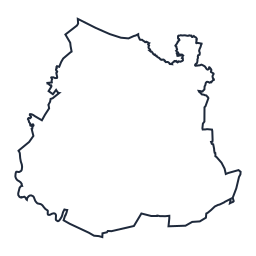 Ometepec, Guerrero, Mexico
{"feature_id": "50627088B84554678203253", "entity_name": "Ometepec", "entity_type": "district", "adm_level": 2, "iso_a3": "MEX", "parent_name": "Mexico", "parent_adm1": "Guerrero", "projection": "natural_earth1", "projection_center": [-98.323, 16.673], "detail": "fine", "context": "isolated", "style": "outline", "palette": "slate", "viewbox_px": 256, "rotation_deg": 0, "n_neighbors": 0, "source": "geoboundaries", "source_scale": "gbopen_adm2", "svg_char_len": 5618}
<svg xmlns="http://www.w3.org/2000/svg" viewBox="0 0 256 256"><path d="M26.9,199.8L27.2,198.0L28.7,196.2L29.9,195.5L31.2,195.4L33.0,196.2L33.6,196.8L34.1,197.9L35.1,200.5L35.6,201.4L36.8,202.8L37.5,203.4L40.6,204.1L41.4,204.5L42.5,205.4L43.6,206.9L45.4,209.0L47.5,210.4L47.8,210.9L47.7,213.6L47.8,214.2L48.1,214.7L48.8,214.9L49.7,214.9L52.1,213.7L53.8,213.3L54.7,213.5L55.4,214.0L55.8,214.7L56.0,215.5L55.8,219.3L56.1,220.1L57.6,221.1L58.2,221.1L59.1,220.6L60.1,219.3L61.6,216.9L62.1,215.6L63.0,212.3L64.4,209.5L66.1,209.9L67.2,210.0L66.5,212.7L65.5,215.3L65.3,215.3L64.9,216.1L63.6,220.3L69.8,223.8L88.8,232.7L94.0,235.7L98.8,236.1L102.3,237.1L102.5,233.3L106.9,232.3L107.8,231.0L110.4,231.1L111.3,231.2L133.9,226.0L141.4,213.5L151.2,216.0L157.1,216.0L157.2,215.6L157.7,215.6L159.7,216.1L165.4,216.2L169.3,215.8L169.3,218.4L168.5,226.3L185.5,225.7L192.2,221.9L199.8,221.4L205.9,217.7L206.3,213.5L207.7,212.8L211.0,210.1L214.8,206.5L218.1,204.9L219.5,204.6L224.3,202.3L224.7,201.9L230.8,198.8L229.9,203.3L231.2,202.6L233.2,201.8L233.7,201.1L232.7,197.8L236.3,188.3L239.0,177.0L240.4,174.4L240.6,171.8L238.5,170.1L228.2,173.0L225.8,174.0L224.6,168.7L221.5,162.7L216.5,157.0L215.4,156.3L215.4,153.8L215.0,153.2L215.1,152.9L214.6,152.7L214.2,150.4L214.1,148.8L213.2,144.3L212.6,144.2L211.8,143.8L211.1,141.9L212.4,141.7L212.6,140.1L212.3,131.1L212.0,129.6L207.6,129.2L206.6,129.2L205.8,129.4L202.7,129.5L202.4,128.2L202.9,123.6L204.4,121.6L204.5,107.3L205.5,106.2L208.4,98.1L207.7,96.9L207.4,96.8L206.4,95.5L204.6,95.1L203.9,94.7L201.8,94.4L200.6,93.0L199.2,91.9L198.7,90.9L200.5,91.1L202.3,91.6L202.6,91.5L203.0,90.8L204.4,89.5L204.6,86.4L205.3,85.2L205.8,82.9L206.7,81.9L207.4,81.8L208.6,82.1L209.4,82.7L210.2,82.5L210.6,82.1L210.9,82.4L211.2,82.4L212.9,80.2L213.8,80.0L213.9,79.7L213.7,79.0L213.1,78.5L212.8,78.0L212.8,77.5L212.5,76.8L212.7,75.5L213.3,74.6L213.6,74.0L213.6,73.7L213.4,73.4L211.0,72.0L210.9,71.4L211.4,70.0L211.3,69.7L210.7,68.7L209.5,67.3L209.1,67.4L208.9,69.0L208.0,69.5L207.7,69.6L207.0,69.3L206.3,68.6L205.8,67.7L204.8,66.4L203.3,65.5L201.6,64.7L201.2,64.7L199.9,65.3L198.3,65.4L197.6,65.6L197.1,65.5L195.8,65.8L195.3,65.6L195.1,65.4L195.2,64.6L195.9,63.8L196.8,63.2L197.1,62.7L197.5,60.7L197.4,59.5L198.0,57.8L197.8,56.6L198.1,55.3L199.5,54.8L199.6,54.5L199.8,52.9L199.1,50.9L199.2,50.5L199.3,50.2L199.5,49.2L200.6,46.8L201.1,44.8L201.6,44.0L201.6,43.6L197.6,42.9L196.6,43.2L196.3,43.1L196.2,42.8L196.2,42.3L196.6,40.6L196.3,39.9L196.8,39.3L196.9,39.0L196.1,37.6L194.5,36.7L193.8,36.0L192.5,37.0L192.1,37.0L191.8,36.7L191.4,35.6L190.9,35.5L190.2,35.7L189.2,35.3L188.2,35.8L187.5,35.8L184.8,35.3L182.0,35.5L180.8,35.2L179.3,35.7L178.6,35.6L178.2,35.9L178.0,36.5L178.0,37.5L178.1,38.6L179.0,39.0L179.0,39.9L179.3,40.1L178.6,40.8L178.4,41.3L178.2,41.3L178.0,41.8L177.7,41.9L177.0,43.5L175.4,45.6L175.7,46.3L175.9,46.5L176.4,46.6L176.7,48.6L177.0,48.9L177.1,49.6L176.8,49.9L176.6,50.5L176.2,50.8L177.8,52.7L178.1,52.6L178.3,53.1L178.2,53.7L177.5,53.4L176.8,53.5L177.4,55.0L177.3,55.6L177.4,55.9L177.6,55.9L177.9,55.5L178.5,55.8L178.9,55.6L178.9,54.9L179.4,54.6L179.9,55.2L179.9,55.5L180.1,55.5L180.3,55.2L180.4,54.6L181.9,55.1L182.1,54.7L183.2,55.5L182.2,57.0L182.6,57.3L182.7,58.1L182.4,58.3L182.8,58.5L182.9,60.4L182.3,60.9L180.5,61.7L178.7,61.4L178.6,61.7L177.6,62.4L177.1,62.1L177.3,62.0L177.2,61.6L176.5,61.3L175.8,61.3L175.8,61.0L175.2,61.1L174.5,61.0L174.2,61.6L173.9,61.6L172.0,63.3L171.9,63.6L172.1,64.2L170.6,64.0L170.1,64.1L169.8,64.0L169.6,63.8L169.6,63.4L168.4,62.3L167.7,62.0L165.8,62.1L165.3,61.3L164.9,61.3L164.6,61.0L164.7,60.5L163.6,59.6L162.6,59.6L161.9,59.9L161.3,59.5L160.6,59.5L159.3,58.0L159.1,58.0L158.8,57.7L157.9,57.3L156.7,56.4L156.6,55.8L155.9,55.8L154.9,54.5L154.4,54.9L153.6,54.2L152.8,53.5L152.6,52.7L151.6,51.6L150.8,51.7L149.9,50.9L150.0,50.9L150.3,50.4L150.1,49.5L148.8,48.3L148.8,48.0L148.5,47.4L148.5,46.8L149.1,45.5L148.2,44.6L149.2,43.2L148.1,42.9L147.6,42.2L147.0,42.2L146.4,41.7L145.9,41.8L145.8,42.1L145.2,42.2L143.6,40.9L142.8,40.5L142.1,39.8L140.2,39.8L139.8,39.5L138.3,36.0L138.2,34.2L135.7,35.5L133.9,36.0L128.5,38.4L120.9,37.7L109.8,34.1L104.3,31.7L95.7,27.9L77.8,18.9L78.1,23.6L77.0,25.5L65.4,34.5L70.2,42.7L70.6,46.2L71.6,51.6L70.5,52.3L63.2,58.5L61.2,61.9L59.2,66.8L57.1,66.2L56.9,67.0L56.4,67.2L56.7,68.5L56.1,69.0L56.0,69.7L56.3,70.7L57.1,71.3L57.2,71.6L56.6,72.8L56.3,73.0L57.2,77.2L57.0,77.9L56.7,78.0L55.1,78.1L53.3,77.3L51.4,77.3L51.2,77.6L52.1,79.3L51.7,80.3L51.6,81.5L51.9,82.2L51.8,82.5L47.4,82.9L47.5,83.5L48.1,83.5L48.4,83.7L48.8,84.2L50.1,85.3L51.2,85.3L51.3,85.6L51.0,86.0L51.1,86.5L51.3,86.7L48.6,91.1L52.9,94.2L56.1,89.9L56.9,91.2L57.5,91.8L57.9,92.6L58.3,92.9L59.2,93.0L52.6,98.3L50.6,98.9L50.1,101.7L48.4,104.9L48.6,105.1L49.1,108.4L45.0,114.7L41.9,120.3L34.6,116.0L33.4,115.1L31.7,114.3L30.1,114.1L29.9,114.2L29.8,115.0L30.9,116.5L31.1,116.9L31.1,117.2L30.2,118.2L28.7,118.0L28.1,118.5L27.9,119.1L28.7,120.4L29.0,122.0L30.0,123.3L30.3,125.4L30.5,125.7L31.0,125.7L32.0,124.5L32.3,124.4L33.1,124.4L33.5,125.1L33.5,125.6L32.4,126.7L32.5,126.8L32.3,128.4L32.1,128.4L31.9,129.1L31.7,129.1L33.4,135.9L29.1,142.0L19.1,150.2L18.5,150.8L19.5,152.3L19.8,153.3L20.2,158.1L20.8,161.5L21.8,164.5L22.1,166.9L21.8,169.4L21.5,170.3L21.1,170.9L19.8,171.7L19.1,172.0L18.5,172.0L16.8,171.7L16.3,171.8L16.0,172.2L15.6,173.6L15.4,175.8L15.4,176.7L16.0,178.4L16.9,179.7L17.7,180.4L19.1,181.2L20.7,182.4L21.7,183.9L21.6,184.3L22.1,185.9L21.5,185.9L20.7,186.4L19.6,187.8L18.4,192.5L18.2,193.5L18.3,195.1L19.5,196.9L20.3,197.3L21.4,197.1L21.5,197.5L24.3,196.7L25.0,197.2L25.7,198.0L26.3,199.3L26.9,199.8Z" fill="none" stroke="#1e293b" stroke-width="2"/></svg>